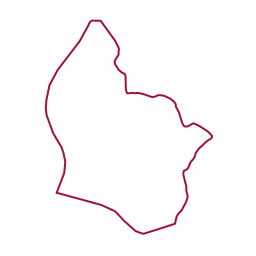 Distrito Capital, Equal Earth projection, rotated 97°
{"feature_id": "VEN-43", "entity_name": "Distrito Capital", "entity_type": "Capital District", "adm_level": 1, "iso_a3": "VEN", "parent_name": "Venezuela", "parent_adm1": "", "projection": "equal_earth", "projection_center": [-67.01, 10.484], "detail": "fine", "context": "isolated", "style": "outline", "palette": "rose", "viewbox_px": 256, "rotation_deg": 97, "n_neighbors": 0, "source": "natural_earth", "source_scale": "10m", "svg_char_len": 1449}
<svg xmlns="http://www.w3.org/2000/svg" viewBox="0 0 256 256"><g transform="rotate(97 128 128)"><path d="M126.7,43.6L127.5,43.8L128.1,44.2L128.9,44.9L131.1,47.7L132.9,49.5L135.9,51.7L139.8,55.2L144.4,57.6L145.3,57.9L147.2,58.1L149.1,58.6L150.2,59.0L153.8,61.4L154.9,61.9L160.2,63.4L161.1,63.9L162.5,65.4L163.2,66.4L163.8,67.4L165.4,67.6L168.1,67.2L179.1,62.9L182.3,62.6L184.2,62.1L187.7,60.7L188.5,60.5L189.2,60.4L190.6,60.5L194.9,61.5L203.2,64.8L205.9,66.7L206.8,67.5L209.8,68.9L217.3,69.7L225.8,88.0L231.1,99.7L230.7,102.6L229.3,108.0L220.6,120.6L212.3,130.5L207.6,145.3L201.0,190.9L180.4,185.8L169.1,186.1L160.5,189.1L155.3,191.6L142.3,201.6L125.1,210.4L118.3,212.0L109.9,212.4L94.9,211.1L79.0,204.9L47.6,186.5L30.9,179.8L28.8,179.3L26.3,177.7L25.8,176.8L24.9,168.2L43.0,151.4L50.0,146.8L51.4,146.6L54.2,146.6L56.2,146.3L58.1,147.0L60.0,148.1L63.3,149.3L65.2,149.1L67.0,148.0L71.7,144.0L72.7,142.3L73.9,140.6L74.6,137.9L77.0,136.7L89.7,134.9L92.3,133.9L93.6,133.0L93.6,132.1L93.4,131.0L92.8,129.1L92.6,128.1L92.7,125.8L92.5,124.8L92.0,122.5L92.0,121.5L92.4,117.2L94.2,108.7L94.2,107.7L94.1,106.6L93.7,105.3L91.7,101.9L91.5,99.5L91.6,96.1L93.7,89.7L95.6,86.4L98.0,83.9L99.1,83.4L100.0,83.2L100.6,83.1L101.4,82.8L106.3,79.3L116.4,74.8L118.4,73.4L119.5,72.2L119.5,71.3L119.4,70.1L119.1,69.0L118.5,68.0L115.8,64.4L115.4,63.5L116.1,60.8L117.6,56.8L121.6,48.6L123.9,45.5L125.6,43.7L126.7,43.6Z" fill="none" stroke="#9f1239" stroke-width="2"/></g></svg>